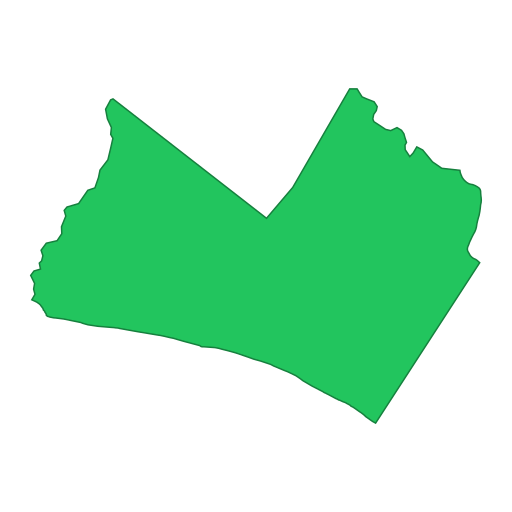 the district of Libertad, San José, Uruguay
{"feature_id": "84410073B36458141806664", "entity_name": "Libertad", "entity_type": "district", "adm_level": 2, "iso_a3": "URY", "parent_name": "Uruguay", "parent_adm1": "San José", "projection": "robinson", "projection_center": [-56.645, -34.648], "detail": "fine", "context": "isolated", "style": "filled", "palette": "green", "viewbox_px": 512, "rotation_deg": 0, "n_neighbors": 0, "source": "geoboundaries", "source_scale": "gbopen_adm2", "svg_char_len": 2733}
<svg xmlns="http://www.w3.org/2000/svg" viewBox="0 0 512 512"><path d="M459.9,170.3L441.8,168.3L432.5,161.9L422.7,150.0L416.8,146.9L413.1,153.1L409.8,156.6L405.2,149.7L405.0,145.1L406.5,142.4L405.0,137.8L403.9,133.8L401.5,130.3L397.0,127.6L390.7,130.6L385.6,129.4L379.6,125.4L373.9,121.7L372.8,119.0L373.7,114.4L376.3,110.6L377.2,106.6L374.1,101.8L366.7,98.9L362.1,96.9L359.3,92.5L357.1,88.9L349.7,88.9L292.7,187.5L266.5,218.3L113.0,98.9L110.6,99.9L105.6,109.2L107.4,118.8L111.4,127.5L110.7,134.4L112.9,138.3L110.6,148.5L107.9,159.8L100.0,170.1L98.5,177.5L94.9,187.9L87.8,190.3L78.6,203.6L67.0,207.0L64.2,210.4L65.8,216.1L61.5,226.7L61.8,233.7L57.1,240.7L46.3,243.2L41.1,250.2L42.9,255.7L41.6,260.9L39.3,263.1L40.5,269.1L34.0,271.0L30.7,275.4L34.6,283.4L33.6,289.1L35.0,294.3L31.8,299.8L35.1,301.3L36.5,302.0L37.1,302.3L37.9,302.9L38.4,303.3L39.2,303.8L39.9,304.5L40.4,304.9L40.8,305.6L41.8,306.9L43.0,308.5L43.4,310.0L44.1,310.6L44.7,311.4L45.0,312.3L45.9,313.5L46.3,314.3L46.2,315.0L46.6,315.5L46.9,315.8L47.2,316.1L47.5,316.3L47.8,316.4L48.2,316.5L48.7,316.6L49.6,317.0L53.6,317.8L56.0,318.0L57.5,318.2L63.7,319.0L80.8,322.5L82.7,323.3L88.0,324.8L98.0,326.3L111.3,327.4L114.2,327.6L115.2,327.8L116.4,327.9L117.7,328.0L118.3,328.1L118.9,328.2L119.3,328.4L137.7,331.7L156.3,334.8L159.4,335.3L159.8,335.3L160.7,335.5L164.5,336.3L170.0,337.6L173.5,338.3L178.2,339.7L184.1,341.4L199.8,345.6L200.2,345.9L200.3,346.0L201.0,346.5L202.1,346.8L204.2,346.8L215.1,347.6L218.7,348.3L221.9,349.2L227.1,350.5L230.5,351.4L235.8,352.9L248.4,357.2L253.6,359.1L260.5,361.0L265.0,362.5L270.7,364.4L273.7,366.0L284.7,370.6L287.8,371.8L295.9,375.7L299.6,378.2L302.9,380.7L306.5,382.8L312.1,386.1L322.8,391.6L324.4,392.7L325.4,393.0L326.8,393.8L327.9,394.3L336.5,398.9L337.2,399.0L337.7,399.4L338.7,400.0L339.7,400.2L342.9,401.7L345.4,402.6L346.9,403.5L347.6,403.9L348.4,404.2L349.3,404.8L350.1,405.2L350.9,406.1L352.5,406.9L353.3,407.3L355.6,408.9L357.3,410.1L358.3,410.8L359.4,411.6L361.0,412.6L363.2,414.3L365.0,415.8L365.3,416.3L365.7,416.6L372.5,421.4L375.6,423.1L479.7,262.7L477.7,260.9L477.4,260.6L475.7,259.4L473.6,258.5L471.9,257.3L470.3,255.7L469.0,253.3L467.7,251.1L467.3,249.0L467.5,248.0L467.7,246.9L468.6,244.9L469.6,242.1L470.8,239.6L472.0,237.0L473.6,233.9L474.9,231.6L475.8,229.3L476.4,227.1L476.9,223.7L477.6,220.6L478.3,218.0L479.1,215.3L479.8,211.6L480.2,208.8L480.4,207.0L480.6,204.8L481.1,202.5L481.3,200.2L481.1,197.4L480.9,195.9L480.7,193.4L480.6,191.0L480.2,189.7L479.4,188.3L477.5,186.9L475.2,185.6L473.7,185.0L472.7,184.6L470.9,184.3L469.0,183.8L466.8,182.5L465.5,181.4L463.8,179.7L463.0,178.6L462.2,177.5L461.4,175.6L460.8,174.2L460.2,172.3L460.0,171.0L459.9,170.3Z" fill="#22c55e" stroke="#15803d" stroke-width="1.5"/></svg>